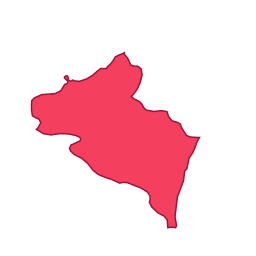 outline of Sanmatenga, rotated 124°
{"feature_id": "BFA-2825", "entity_name": "Sanmatenga", "entity_type": "Province", "adm_level": 1, "iso_a3": "BFA", "parent_name": "Burkina Faso", "parent_adm1": "", "projection": "orthographic", "projection_center": [-1.043, 13.248], "detail": "fine", "context": "isolated", "style": "filled", "palette": "rose", "viewbox_px": 256, "rotation_deg": 124, "n_neighbors": 0, "source": "natural_earth", "source_scale": "10m", "svg_char_len": 1558}
<svg xmlns="http://www.w3.org/2000/svg" viewBox="0 0 256 256"><g transform="rotate(124 128 128)"><path d="M180.4,203.1L177.3,202.7L172.4,203.3L170.5,206.5L171.2,211.1L171.3,214.1L167.1,218.0L162.1,221.4L159.0,223.1L155.2,222.3L148.6,218.2L140.1,207.5L134.5,204.5L129.0,204.8L126.7,204.6L126.5,204.0L125.3,203.4L124.0,203.6L123.0,204.1L122.6,204.9L122.5,206.3L122.2,208.0L121.5,209.2L119.9,208.9L118.7,207.5L119.5,206.1L120.9,204.7L121.7,203.5L121.3,201.8L120.4,201.1L119.4,200.8L119.0,200.4L119.1,199.0L116.4,194.3L110.5,189.8L104.2,186.8L97.8,185.2L93.8,183.8L92.2,181.2L90.7,179.2L88.5,179.2L84.1,178.2L79.5,178.0L76.2,178.3L73.1,176.6L69.7,174.3L67.6,173.1L68.9,172.2L70.4,167.2L74.0,161.3L73.9,158.7L71.3,154.3L71.6,150.3L75.9,146.1L83.2,143.4L90.3,142.1L95.7,142.2L100.1,142.8L100.5,139.3L99.7,133.7L100.2,130.4L102.3,126.5L103.0,122.9L99.7,115.6L95.0,110.1L92.6,104.9L95.9,100.7L97.4,95.6L95.6,89.8L95.5,86.7L97.3,84.5L99.2,80.7L101.5,75.1L100.3,70.6L95.9,63.4L101.2,63.0L106.7,61.5L112.4,60.5L119.0,60.5L128.7,56.5L131.8,57.0L140.9,52.4L157.3,48.6L175.3,39.4L182.0,33.0L184.1,32.9L184.6,34.0L185.8,36.4L187.5,38.4L188.4,39.2L182.2,44.2L180.9,48.5L181.6,55.6L180.2,64.2L177.7,68.7L174.9,69.7L171.9,71.9L170.3,76.2L170.5,83.7L173.7,98.0L175.9,101.8L178.3,104.0L179.9,113.1L181.8,119.8L183.2,127.0L182.4,134.0L179.9,141.6L179.0,149.7L180.0,157.6L179.3,162.5L177.7,165.0L174.2,165.8L165.4,160.5L163.4,161.2L162.6,163.0L163.3,166.7L166.1,173.9L170.9,181.5L176.8,188.0L180.0,194.9L180.4,203.1Z" fill="#f43f5e" stroke="#9f1239" stroke-width="1.5"/></g></svg>